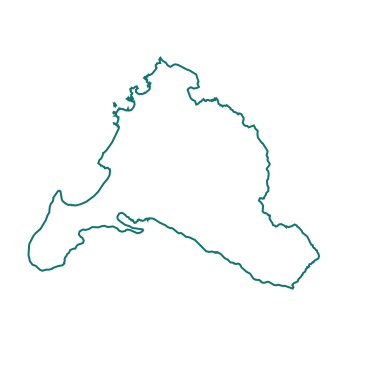 Banyuwangi, Jawa Timur, Indonesia, rotated 107°
{"feature_id": "22746128B51270543903443", "entity_name": "Banyuwangi", "entity_type": "district", "adm_level": 2, "iso_a3": "IDN", "parent_name": "Indonesia", "parent_adm1": "Jawa Timur", "projection": "mercator", "projection_center": [114.187, -8.333], "detail": "fine", "context": "isolated", "style": "outline", "palette": "teal", "viewbox_px": 384, "rotation_deg": 107, "n_neighbors": 0, "source": "geoboundaries", "source_scale": "gbopen_adm2", "svg_char_len": 6048}
<svg xmlns="http://www.w3.org/2000/svg" viewBox="0 0 384 384"><g transform="rotate(107 192 192)"><path d="M254.9,67.5L253.6,67.1L252.0,68.3L251.8,68.0L251.9,68.7L251.5,68.9L249.5,68.0L246.5,64.7L244.5,64.8L240.9,62.9L239.3,62.7L239.1,62.2L236.8,62.0L235.7,60.9L234.3,60.4L232.5,60.6L231.4,59.7L230.3,59.9L230.3,59.1L229.1,58.2L228.8,58.7L226.7,58.5L225.8,56.9L223.8,56.1L223.8,55.4L222.0,54.8L218.6,51.7L216.3,51.8L214.4,52.8L212.9,54.5L211.3,55.5L211.2,56.6L209.8,58.4L209.8,59.3L209.1,60.3L207.6,61.0L207.6,62.5L200.9,68.7L198.6,74.4L197.0,75.8L194.9,79.1L194.3,81.2L193.3,82.3L193.1,84.4L195.6,86.7L197.4,89.6L197.2,91.5L197.5,92.0L198.1,91.9L197.2,93.8L196.6,97.4L197.6,99.3L200.0,100.8L200.6,101.9L199.9,103.1L200.0,104.8L198.4,105.9L195.2,109.7L192.7,110.8L192.3,110.4L191.6,110.7L191.7,112.5L190.9,113.7L190.6,115.9L190.9,116.7L189.9,118.8L184.2,120.0L181.8,122.9L180.7,125.5L178.2,125.3L177.5,123.6L177.9,122.7L177.1,121.3L176.3,121.5L173.5,120.7L170.9,120.6L168.9,119.3L166.5,120.0L165.5,119.9L163.4,122.0L159.6,123.5L158.7,123.6L157.4,123.0L151.9,124.0L149.5,125.5L148.7,127.0L147.9,127.4L143.5,125.8L142.2,126.0L139.9,128.8L139.1,129.3L137.1,129.4L135.4,131.3L130.9,131.6L124.8,138.5L124.7,139.5L120.7,144.9L117.5,146.4L114.4,147.0L112.9,149.9L110.3,152.3L113.6,156.7L112.7,158.3L113.1,160.4L112.4,162.3L110.6,163.9L108.5,163.8L106.2,164.2L103.1,167.6L103.0,169.5L104.0,170.3L103.6,170.7L104.0,171.1L103.4,172.0L103.0,173.9L103.1,175.8L101.8,177.3L101.5,179.3L100.5,179.8L98.8,184.2L99.8,184.9L99.9,186.6L101.3,187.9L100.4,189.0L100.9,190.3L100.2,190.8L99.9,192.4L96.7,194.2L95.3,196.3L96.1,196.6L96.0,197.3L97.4,196.7L97.7,197.5L97.4,198.3L98.4,198.5L99.1,199.6L98.3,200.0L99.5,201.5L99.2,203.6L100.0,205.2L100.9,205.2L101.1,205.7L100.9,206.7L99.8,208.1L101.9,209.5L102.7,209.5L103.6,210.8L106.2,212.2L107.1,213.5L104.1,215.8L103.7,218.5L102.4,220.9L95.6,226.1L94.1,225.5L92.2,223.8L92.6,220.5L90.7,217.2L89.5,216.1L86.9,218.4L84.7,218.0L78.4,222.3L76.4,230.1L76.4,232.5L74.5,242.6L74.8,245.4L76.1,247.1L78.6,249.2L78.5,250.5L77.9,252.5L76.1,254.6L75.0,258.7L72.9,261.5L74.0,261.8L74.8,261.4L75.0,261.8L77.9,260.1L79.3,263.2L80.1,263.0L81.3,263.8L83.0,263.2L83.6,262.2L84.9,262.4L90.5,264.7L92.5,266.5L92.4,267.9L93.6,268.2L93.9,268.8L94.7,268.4L95.2,269.5L96.9,268.7L97.9,269.1L98.0,267.6L100.0,267.3L100.5,266.0L99.7,264.7L100.4,264.3L100.3,263.5L101.6,263.6L102.4,265.1L103.4,265.5L104.1,264.9L103.2,263.6L103.6,263.1L105.3,262.6L106.7,262.9L110.8,265.5L110.9,266.4L111.6,266.6L112.6,267.9L113.8,270.7L113.7,272.5L112.8,274.7L110.5,275.5L108.7,274.2L108.3,275.1L107.1,275.7L108.0,277.1L110.1,278.5L110.0,280.1L110.5,280.0L111.5,281.1L112.2,281.0L112.6,280.2L113.9,280.0L114.9,278.0L116.1,278.1L116.6,278.7L117.9,278.3L118.7,277.2L119.2,277.9L119.8,277.7L120.1,276.3L119.8,276.0L120.3,275.5L121.3,275.9L121.1,276.7L121.9,277.5L121.8,278.3L121.2,278.7L122.3,279.0L122.0,278.4L122.6,278.2L122.2,277.3L122.9,276.6L122.8,274.8L122.3,273.8L125.1,272.5L128.2,272.7L131.3,274.0L132.4,275.6L133.3,279.2L132.8,282.3L133.3,282.9L133.2,285.3L133.9,285.5L133.6,286.2L138.3,287.5L138.2,290.1L138.8,290.4L139.6,290.2L139.8,289.7L139.0,287.7L140.7,287.0L141.5,287.7L141.2,286.4L141.8,286.0L142.0,284.1L143.1,284.3L143.8,283.6L147.8,283.6L149.7,285.0L150.2,283.6L149.9,282.3L150.9,282.1L150.6,281.6L151.1,280.9L152.9,280.6L167.8,282.9L177.2,286.0L180.3,287.8L180.6,288.4L183.5,288.1L186.4,288.6L188.5,289.9L191.9,290.0L192.9,287.2L193.5,286.9L193.1,285.9L193.9,283.9L193.6,283.2L194.8,282.2L193.4,279.6L194.4,278.0L194.2,277.3L195.9,276.4L200.1,275.8L203.9,276.5L209.6,278.9L219.1,281.8L224.5,284.5L232.2,290.2L235.6,294.1L238.2,297.9L239.2,300.2L239.2,301.9L239.8,302.8L239.6,304.1L240.5,306.7L240.2,308.8L238.6,313.0L237.2,314.3L229.8,318.0L229.6,319.4L230.5,320.5L238.1,323.0L238.6,322.6L241.7,322.4L244.6,323.5L247.8,323.7L253.3,322.5L256.5,323.3L261.7,323.6L271.7,326.1L276.8,329.3L280.1,330.8L288.7,332.3L290.6,332.2L300.1,329.9L305.7,326.7L308.2,323.2L308.3,319.9L310.8,314.7L311.1,312.1L308.9,308.8L308.2,306.3L306.3,303.3L305.5,303.0L302.2,298.7L300.0,294.5L297.7,293.2L297.3,293.7L295.4,293.5L293.5,294.2L291.9,294.2L289.9,293.4L288.0,293.2L286.0,291.9L283.1,291.5L280.7,288.5L280.3,287.0L277.4,286.6L275.9,285.8L272.6,281.3L270.1,281.3L267.8,283.5L267.6,284.8L266.1,287.4L265.3,287.9L262.5,287.9L259.7,285.3L259.5,282.9L257.6,279.8L254.7,277.2L253.2,271.2L251.0,268.2L250.0,266.0L250.1,262.0L248.0,257.5L248.7,252.8L250.4,250.2L250.4,247.4L248.9,244.5L247.5,243.9L246.8,242.8L246.4,240.3L247.4,232.2L246.1,229.7L244.1,228.0L242.7,227.6L242.2,228.3L243.8,238.6L242.9,242.0L243.0,246.3L240.8,252.9L239.9,254.7L238.9,255.6L237.2,256.1L234.1,255.4L232.6,253.6L232.6,251.8L233.5,249.0L234.7,247.2L234.7,245.1L235.9,244.1L236.0,242.5L236.9,241.7L237.0,240.8L236.2,240.4L238.4,238.0L237.6,236.6L236.9,236.6L235.6,235.4L234.6,235.7L233.8,234.9L234.3,232.5L233.9,232.1L234.1,230.9L232.8,229.1L231.2,228.5L230.7,227.5L231.4,226.7L230.7,226.9L230.3,225.9L231.5,224.8L230.0,225.6L229.6,225.2L228.8,221.6L229.0,220.0L230.7,214.1L231.6,207.7L232.7,204.7L232.8,201.8L232.4,201.1L232.8,199.0L235.4,192.9L234.4,190.2L236.6,184.7L236.1,181.4L237.0,175.1L244.5,161.2L244.4,158.5L243.0,155.1L243.3,151.9L243.0,151.0L242.5,151.4L242.1,150.3L243.0,146.2L245.7,141.4L246.2,138.0L248.1,134.7L247.6,131.9L248.1,131.0L247.8,130.8L248.0,129.8L248.4,129.8L248.0,129.8L248.1,128.9L247.1,127.3L247.0,125.7L247.8,124.3L249.7,122.5L252.4,116.4L253.1,112.6L256.9,107.9L257.3,105.3L256.5,102.0L257.2,100.0L257.9,99.4L258.1,97.8L257.4,95.7L255.8,93.7L255.5,92.3L256.9,86.5L256.7,84.5L255.4,82.2L255.4,78.3L254.6,75.5L254.9,67.5ZM132.6,291.3L131.7,290.2L130.9,291.2L131.9,290.9L131.2,292.0L132.6,291.3ZM122.1,280.9L121.1,280.5L120.9,280.8L122.0,281.5L122.1,280.9ZM96.9,271.2L97.1,270.1L96.1,270.8L96.9,271.2ZM121.9,279.6L121.2,279.6L120.5,280.4L121.1,280.4L121.9,279.6ZM149.5,286.6L149.1,285.4L149.1,286.8L149.5,286.6ZM131.7,277.7L131.7,277.0L130.9,277.6L131.7,277.7ZM131.6,290.1L131.8,289.3L131.1,290.2L131.6,290.1Z" fill="none" stroke="#0f766e" stroke-width="2"/></g></svg>